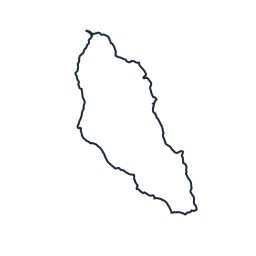 Stanceni, Mures, Romania (orthographic projection), rotated 329°
{"feature_id": "2599482B71478398242388", "entity_name": "Stanceni", "entity_type": "district", "adm_level": 2, "iso_a3": "ROU", "parent_name": "Romania", "parent_adm1": "Mures", "projection": "orthographic", "projection_center": [25.249, 46.944], "detail": "fine", "context": "isolated", "style": "outline", "palette": "slate", "viewbox_px": 256, "rotation_deg": 329, "n_neighbors": 0, "source": "geoboundaries", "source_scale": "gbopen_adm2", "svg_char_len": 5883}
<svg xmlns="http://www.w3.org/2000/svg" viewBox="0 0 256 256"><g transform="rotate(329 128 128)"><path d="M144.7,233.3L145.4,232.0L145.7,231.3L145.8,230.7L146.0,229.9L146.0,229.4L145.6,227.6L145.9,227.0L146.1,225.7L146.4,225.1L147.8,223.4L148.8,221.2L148.8,219.8L148.6,218.8L148.7,218.0L148.6,216.4L148.7,215.2L148.8,214.7L149.1,214.1L149.3,213.8L151.0,212.9L151.5,212.3L151.8,211.7L152.0,210.7L152.7,209.7L153.5,208.1L153.8,207.2L154.0,206.1L154.0,203.7L153.7,201.9L153.7,201.5L154.0,199.1L154.1,198.5L154.0,197.3L154.1,197.1L154.8,196.5L155.6,195.7L155.8,195.3L155.8,194.6L155.9,194.4L158.0,191.7L158.6,189.9L158.6,189.1L158.4,188.4L157.9,187.5L157.4,186.6L157.3,186.2L158.1,185.3L158.3,184.5L158.8,183.6L159.1,182.7L159.3,182.0L159.7,181.5L159.8,180.3L159.7,179.7L159.9,179.4L160.2,179.1L160.9,178.6L162.0,177.7L162.5,177.2L162.9,176.5L162.9,176.3L162.7,176.1L161.4,175.1L159.5,174.8L158.8,174.9L157.4,174.7L156.8,174.4L156.4,174.0L155.7,173.0L155.4,172.4L155.4,172.1L155.3,170.7L154.8,170.0L154.7,169.5L154.6,167.1L154.5,166.1L154.0,164.5L153.4,163.8L153.0,162.7L152.6,162.1L152.4,161.5L152.3,160.4L153.2,156.7L153.6,153.6L154.3,151.9L154.7,151.4L155.8,150.8L156.1,149.7L156.1,149.1L157.3,146.4L157.4,146.0L157.4,145.4L157.7,144.5L157.8,143.9L157.9,143.0L157.9,142.1L158.0,141.4L158.0,140.8L158.2,139.6L158.2,138.9L158.3,138.6L158.2,137.8L158.3,136.9L158.4,135.9L158.2,134.8L158.0,134.2L157.9,133.7L158.0,133.3L158.5,132.3L158.4,131.3L158.4,131.0L158.4,130.6L158.4,130.4L158.8,130.0L158.8,129.6L158.3,128.8L158.2,128.2L158.0,127.8L158.1,126.8L158.2,126.2L158.7,125.1L159.6,124.2L159.6,123.9L160.1,123.4L160.6,123.1L160.7,122.7L161.1,122.5L161.2,122.2L161.8,121.9L162.1,121.3L162.5,120.9L162.3,120.6L162.5,120.2L162.4,120.1L163.9,119.8L164.9,119.0L165.4,118.7L166.3,118.4L167.1,118.3L167.1,117.8L167.0,117.0L167.0,116.1L166.9,115.7L166.6,115.3L165.8,114.8L165.5,114.3L165.5,113.6L165.7,112.7L165.7,111.6L166.1,110.4L166.2,109.2L166.7,108.3L167.3,105.6L168.0,104.5L168.3,104.0L169.4,103.5L169.9,103.0L170.7,102.0L171.0,101.2L171.1,100.5L170.7,98.7L170.7,97.8L170.5,97.1L170.6,96.2L170.4,95.6L170.1,95.1L170.0,94.6L169.8,94.4L167.5,93.7L167.1,93.4L167.0,93.1L167.1,92.9L167.3,92.7L168.3,92.2L170.4,91.9L171.1,91.2L171.3,90.6L171.4,89.0L171.4,88.5L171.5,88.1L171.4,87.8L171.3,86.3L171.0,85.1L171.0,84.2L170.6,82.8L170.6,82.1L170.3,80.9L170.3,79.4L170.5,78.8L171.0,77.9L171.1,77.7L169.9,77.2L169.5,76.7L168.3,75.4L168.0,74.5L167.6,73.9L166.7,73.3L165.8,72.4L165.5,72.3L164.2,72.7L163.4,72.6L162.1,71.5L161.5,70.5L161.2,69.7L161.2,69.3L161.3,68.9L161.2,68.3L159.7,66.4L158.8,65.3L157.8,63.7L156.3,62.4L155.3,60.8L154.9,60.1L154.6,59.6L154.6,59.4L154.9,58.9L156.5,56.9L156.9,56.1L157.2,55.1L157.3,54.0L157.9,51.2L158.0,47.9L157.8,47.5L157.1,46.7L157.2,46.0L157.4,45.1L157.6,42.7L157.9,42.3L158.0,41.6L158.1,40.3L158.0,39.7L157.8,39.1L156.7,37.2L155.6,35.7L155.1,35.3L153.9,34.8L153.0,33.9L152.9,33.5L152.8,32.5L152.5,31.8L151.8,31.1L151.3,30.8L150.2,30.8L149.9,30.5L147.3,29.7L146.7,29.6L145.7,28.5L145.3,27.4L145.0,26.1L144.6,25.3L142.8,23.4L142.0,22.7L142.3,23.4L143.1,24.3L143.6,25.2L143.8,25.9L144.6,27.0L144.6,27.7L144.4,28.6L144.4,29.4L144.7,29.9L144.7,30.5L143.9,30.8L143.8,31.1L142.1,31.8L140.1,32.3L139.5,32.6L139.1,33.3L138.7,34.5L138.2,35.1L137.3,35.5L135.6,35.9L135.2,36.2L134.6,36.9L133.4,37.7L132.2,37.8L131.2,38.4L130.8,38.5L130.2,38.9L129.4,39.8L128.7,40.4L128.2,40.6L126.4,40.9L126.1,41.1L125.2,41.1L124.1,41.4L123.5,41.7L121.8,43.3L121.3,44.4L120.4,45.8L119.8,46.2L119.1,46.4L118.8,46.8L118.3,47.2L118.1,47.2L118.1,47.4L117.6,48.0L116.4,50.5L115.5,51.5L115.0,51.8L114.7,52.5L114.2,53.0L113.5,53.3L111.6,53.6L110.9,54.4L110.9,54.6L110.7,56.0L110.8,56.4L110.7,57.3L110.2,58.6L110.1,59.0L109.6,60.2L109.5,61.2L109.7,62.0L109.7,62.8L109.5,63.6L108.9,64.1L108.0,64.7L107.3,67.7L107.1,69.1L107.7,70.0L108.3,70.6L107.6,72.0L107.5,73.0L107.0,73.9L104.9,78.6L104.9,80.8L104.6,82.1L104.5,83.1L103.4,84.6L101.7,85.9L100.9,87.0L99.9,88.8L99.1,89.0L98.2,89.7L97.3,90.4L96.3,91.5L95.8,91.8L95.5,92.2L95.3,92.8L91.7,96.0L90.3,96.8L87.3,99.5L86.4,100.0L85.4,100.8L85.3,101.2L85.3,102.2L85.6,102.5L85.6,102.8L86.8,103.1L87.1,103.4L87.5,104.1L86.3,105.6L86.0,106.3L85.8,107.7L84.6,111.0L84.7,112.0L84.5,113.2L84.7,114.1L85.5,116.0L85.6,117.0L86.5,118.6L87.1,119.3L87.4,119.9L87.9,121.8L88.9,122.0L90.2,123.2L92.1,125.5L92.5,126.3L92.7,127.2L93.2,129.2L93.9,130.7L94.1,132.0L94.2,135.2L93.9,136.0L94.3,137.2L93.5,141.4L93.2,146.8L95.0,152.6L95.8,154.7L96.1,156.1L98.9,157.2L99.8,157.9L99.9,158.1L100.0,159.3L100.2,159.8L100.6,160.5L101.5,161.2L101.8,161.7L102.6,162.4L102.7,162.6L103.1,164.3L103.3,164.7L104.5,166.8L105.2,167.9L106.6,169.4L109.0,171.4L108.4,172.6L106.8,175.2L106.8,175.7L107.0,176.3L106.8,176.9L106.3,177.7L106.3,178.1L106.6,179.1L106.5,179.5L106.4,179.9L106.4,180.3L106.5,180.6L106.5,181.1L106.7,181.8L106.7,182.1L106.2,182.9L105.7,183.0L104.5,183.8L104.1,184.7L104.1,184.9L104.9,185.3L105.5,186.2L105.9,187.7L106.1,188.5L106.1,188.9L106.3,189.0L106.8,190.5L107.2,191.3L107.4,191.5L107.9,191.7L108.5,191.5L108.9,191.6L109.5,192.6L109.8,193.3L110.7,194.9L111.2,196.3L111.9,197.2L112.3,197.6L114.3,198.4L114.8,198.5L115.0,199.2L115.1,200.4L115.0,201.0L114.7,201.5L114.8,202.0L114.7,202.1L115.6,202.4L116.3,202.7L116.5,203.0L117.4,203.5L117.9,204.2L119.7,205.8L120.2,206.6L120.2,207.3L120.7,207.9L120.9,207.9L121.7,209.1L121.8,209.3L122.2,210.2L122.3,210.8L122.6,211.6L122.6,214.5L122.5,215.5L122.7,216.4L122.7,217.3L122.5,218.2L122.4,219.9L122.0,221.8L122.0,222.2L121.7,223.0L122.2,223.5L123.5,223.7L124.1,223.9L125.4,224.8L126.2,225.1L126.8,225.7L127.3,225.7L129.0,226.9L129.6,227.7L130.4,228.4L130.6,229.0L131.2,229.4L131.5,229.7L132.3,231.3L132.6,231.6L133.0,231.6L134.6,231.1L135.2,231.1L136.1,231.4L137.6,232.1L137.9,232.1L138.7,231.8L139.2,231.9L140.1,231.4L140.7,232.0L141.7,233.0L142.5,233.2L144.7,233.3Z" fill="none" stroke="#1e293b" stroke-width="2"/></g></svg>